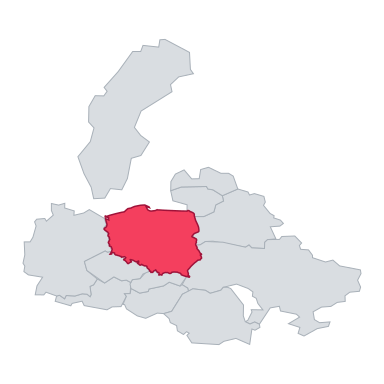 map of Poland with Sweden, Belarus, Ukraine and 8 others greyed out
{"feature_id": "POL", "entity_name": "Poland", "entity_type": "country or territory", "adm_level": 0, "iso_a3": "POL", "parent_name": "Europe", "parent_adm1": "", "projection": "robinson", "projection_center": [19.099, 51.929], "detail": "fine", "context": "with_neighbors", "style": "filled", "palette": "rose", "viewbox_px": 384, "rotation_deg": 0, "n_neighbors": 11, "source": "natural_earth", "source_scale": "50m", "svg_char_len": 8826}
<svg xmlns="http://www.w3.org/2000/svg" viewBox="0 0 384 384"><path d="M77.9,156.7L90.3,141.6L94.0,127.9L88.6,122.0L88.9,106.6L95.2,95.7L103.8,95.9L107.1,91.3L104.1,87.4L118.1,71.7L132.7,51.5L140.7,51.5L143.0,45.4L158.7,47.1L159.9,39.8L165.0,39.4L189.5,52.4L190.4,69.4L193.4,73.7L178.7,76.9L170.5,84.6L172.0,91.7L141.1,111.0L134.4,127.4L140.7,135.5L149.4,142.0L140.9,155.5L131.3,158.3L127.4,178.5L121.8,189.8L110.4,188.6L104.8,198.1L93.7,198.7L91.2,187.3L84.0,173.7L77.9,156.7Z" fill="#d9dde1" stroke="#a8b0b8" stroke-width="1"/><path d="M237.8,189.0L248.0,192.0L249.5,195.0L254.4,193.6L263.9,196.4L265.3,202.1L263.5,205.4L270.1,213.5L274.1,215.7L273.7,217.9L280.4,220.1L283.4,223.4L279.9,226.1L270.3,226.8L275.9,238.9L267.6,239.6L264.7,242.3L264.5,248.5L251.8,247.9L249.0,245.0L245.5,247.2L213.0,241.2L205.5,241.5L200.2,244.8L195.5,245.3L195.2,239.8L192.1,234.1L197.8,231.6L197.7,226.7L194.9,222.0L194.4,216.5L203.7,216.6L213.9,211.9L215.8,204.9L223.5,201.0L222.3,195.7L237.8,189.0Z" fill="#d9dde1" stroke="#a8b0b8" stroke-width="1"/><path d="M314.4,319.6L319.6,322.7L330.0,321.9L328.4,326.4L317.3,328.6L304.0,336.0L298.1,333.4L299.9,327.4L288.5,323.7L299.6,317.1L296.4,314.2L280.5,311.0L279.4,306.3L270.2,307.9L259.4,324.2L254.7,322.0L250.0,324.0L245.3,321.7L247.8,320.3L252.0,312.0L251.2,309.7L262.9,309.9L257.9,303.5L256.2,298.3L252.4,296.2L252.9,291.9L248.2,288.5L236.5,284.1L223.3,287.3L220.9,290.2L210.2,293.3L205.4,290.3L192.8,288.8L188.5,291.5L187.7,288.1L182.1,284.7L186.7,276.4L188.9,277.1L186.2,271.4L195.0,261.0L199.8,259.6L200.8,256.1L195.5,245.3L200.2,244.8L205.5,241.5L222.9,242.2L245.5,247.2L249.0,245.0L251.8,247.9L264.5,248.5L264.7,242.3L267.6,239.6L279.5,239.4L281.8,236.5L294.8,236.0L301.6,243.0L299.4,245.5L300.6,249.3L308.5,249.9L312.5,255.3L312.5,257.7L325.5,262.0L332.9,260.1L339.6,265.9L360.4,269.9L361.0,273.6L357.6,280.2L360.6,287.1L359.4,291.3L349.8,292.2L345.0,295.8L345.2,301.4L337.2,302.4L330.9,306.4L321.5,307.1L313.1,311.8L314.4,319.6Z" fill="#d9dde1" stroke="#a8b0b8" stroke-width="1"/><path d="M130.8,282.5L130.2,293.6L124.5,293.7L126.4,296.4L121.0,306.6L112.1,306.9L107.0,309.8L84.2,305.6L82.1,301.2L72.1,303.4L70.8,305.8L55.2,301.3L56.6,296.0L59.6,295.3L64.6,298.8L66.2,295.5L75.0,296.0L82.3,293.8L87.1,294.2L90.1,296.7L91.1,294.6L90.0,286.4L93.6,284.8L97.3,279.0L104.6,283.0L113.9,276.9L121.6,280.8L126.3,280.1L130.8,282.5Z" fill="#d9dde1" stroke="#a8b0b8" stroke-width="1"/><path d="M182.1,284.7L187.7,288.1L188.5,291.5L182.4,294.2L171.7,311.3L163.6,313.6L157.3,313.1L145.7,318.3L137.3,315.9L126.5,308.9L124.6,304.6L122.9,304.5L126.4,296.4L124.5,293.7L130.2,293.6L131.0,288.5L139.7,293.1L148.2,291.5L149.0,289.0L163.6,285.9L169.2,282.2L180.0,286.0L182.1,284.7Z" fill="#d9dde1" stroke="#a8b0b8" stroke-width="1"/><path d="M245.3,321.7L250.0,324.0L254.7,322.0L259.4,324.2L259.9,327.4L255.0,330.2L251.9,329.0L249.7,344.4L235.9,338.4L223.9,341.3L218.9,344.6L191.8,342.9L186.9,335.4L189.2,333.2L186.6,331.7L183.5,334.5L177.4,330.8L176.6,325.6L170.3,322.6L169.1,318.6L163.6,313.6L171.7,311.3L182.4,294.2L192.8,288.8L205.4,290.3L210.2,293.3L220.9,290.2L223.3,287.3L227.6,287.3L230.7,288.5L243.5,305.0L243.3,315.9L245.3,321.7Z" fill="#d9dde1" stroke="#a8b0b8" stroke-width="1"/><path d="M222.3,195.7L223.5,201.0L215.8,204.9L213.9,211.9L203.7,216.6L194.4,216.5L192.0,212.7L187.0,211.4L187.1,204.8L172.9,200.8L170.7,190.7L181.4,187.0L206.5,186.5L207.9,189.0L212.9,189.8L222.3,195.7Z" fill="#d9dde1" stroke="#a8b0b8" stroke-width="1"/><path d="M228.6,173.3L233.2,176.1L237.8,189.0L222.3,195.7L212.9,189.8L207.9,189.0L206.5,186.5L181.4,187.0L170.7,190.7L170.9,181.6L175.4,174.1L184.1,169.9L191.7,178.9L199.2,178.7L200.7,169.5L208.5,167.3L220.9,173.3L228.6,173.3Z" fill="#d9dde1" stroke="#a8b0b8" stroke-width="1"/><path d="M104.3,218.4L106.4,224.7L103.6,228.0L107.0,232.4L109.2,239.0L108.3,243.3L112.1,251.2L107.7,252.4L105.2,251.0L84.4,261.5L86.9,270.5L97.3,279.0L93.6,284.8L90.0,286.4L91.1,294.6L90.1,296.7L87.1,294.2L82.3,293.8L75.0,296.0L66.2,295.5L64.6,298.8L59.6,295.3L56.6,296.0L46.0,292.2L43.8,294.9L35.2,294.8L37.0,285.8L42.6,277.2L28.4,274.9L23.9,271.6L24.8,266.1L23.0,263.2L24.8,254.9L24.2,241.9L30.1,241.9L32.9,237.3L36.1,226.0L34.6,221.8L36.7,219.2L44.8,218.5L46.4,221.2L53.3,215.1L51.4,210.5L51.4,203.5L58.6,205.1L64.8,203.3L64.7,208.0L74.2,210.9L73.9,215.3L83.7,213.0L89.3,209.6L104.3,218.4Z" fill="#d9dde1" stroke="#a8b0b8" stroke-width="1"/><path d="M186.7,276.4L180.0,286.0L169.2,282.2L163.6,285.9L149.0,289.0L148.2,291.5L139.7,293.1L131.0,288.5L130.0,284.1L132.3,279.7L140.1,278.6L146.8,271.2L154.4,270.2L159.4,274.7L165.3,272.0L170.0,273.3L177.2,271.5L186.7,276.4Z" fill="#d9dde1" stroke="#a8b0b8" stroke-width="1"/><path d="M112.1,251.2L116.7,255.1L124.0,256.2L123.4,259.6L128.7,262.2L130.2,259.0L137.0,260.4L137.9,264.2L145.2,265.0L149.8,271.2L143.0,274.0L140.1,278.6L132.3,279.7L130.8,282.5L126.3,280.1L121.6,280.8L113.9,276.9L104.6,283.0L86.9,270.5L84.4,261.5L105.2,251.0L107.7,252.4L112.1,251.2Z" fill="#d9dde1" stroke="#a8b0b8" stroke-width="1"/><path d="M196.3,246.1L196.9,246.9L197.1,247.6L196.9,248.1L197.0,248.6L197.5,249.2L199.0,250.9L199.8,252.6L200.3,253.2L201.4,254.0L201.5,254.4L201.1,254.7L200.7,254.7L200.4,254.8L200.3,255.1L200.6,255.4L200.9,255.9L201.5,257.2L201.5,258.3L201.1,258.5L200.6,259.2L200.3,259.8L197.8,260.2L197.2,260.8L195.8,262.0L194.8,262.7L193.5,263.9L191.2,266.1L190.4,267.0L189.8,267.8L188.0,269.8L187.5,270.6L187.6,271.3L188.2,273.0L188.4,273.7L188.3,274.4L188.1,275.0L188.1,275.3L188.7,275.7L189.6,276.4L189.6,276.6L189.5,276.9L189.2,277.2L188.1,276.9L186.9,276.5L186.5,276.5L185.8,276.4L183.1,275.5L181.3,274.8L181.1,274.3L180.8,273.7L180.0,273.1L178.2,272.6L177.5,272.2L174.6,272.0L173.4,272.0L172.5,272.2L171.9,272.2L171.1,273.1L170.6,273.4L169.8,273.5L169.1,273.3L168.4,272.8L167.3,272.5L166.5,272.6L165.9,272.5L165.4,272.5L165.2,272.6L164.8,272.6L164.2,272.8L163.5,273.2L162.8,273.4L162.3,274.0L161.8,275.1L160.4,274.6L159.9,274.9L159.2,275.0L158.8,274.9L158.9,274.5L159.1,274.0L159.1,273.4L158.9,272.7L158.5,272.5L157.8,272.4L157.5,272.3L157.5,272.1L157.1,271.8L156.5,271.1L156.0,270.2L155.6,269.9L155.1,270.3L154.2,270.8L153.7,271.0L152.7,272.4L150.9,272.4L150.8,271.8L150.6,271.2L149.6,271.0L149.5,270.6L149.3,269.7L147.2,267.9L147.0,267.1L147.0,266.8L146.9,266.3L146.4,266.1L144.8,265.7L144.4,265.9L144.0,265.7L143.4,265.3L142.3,264.9L142.2,264.7L141.8,264.4L141.6,264.4L141.5,264.6L141.2,264.8L140.1,265.2L139.7,265.0L139.3,264.7L138.8,264.1L138.2,263.6L137.7,263.4L137.4,263.1L137.3,262.9L138.5,262.4L138.7,262.0L138.6,261.1L138.4,261.0L137.9,261.3L137.0,261.6L136.0,261.7L135.6,261.7L133.0,260.2L131.3,259.7L130.3,259.6L130.2,259.7L130.6,260.6L131.4,261.6L131.4,261.9L130.4,262.3L129.9,262.5L129.3,262.9L128.7,263.4L128.3,263.6L127.9,263.6L127.5,263.3L126.4,261.8L125.1,260.6L124.9,260.3L124.5,260.2L123.9,260.0L123.7,259.6L124.0,259.2L124.4,258.9L125.2,258.6L125.4,258.4L125.5,258.1L125.8,257.7L125.7,257.6L125.2,257.1L124.5,256.7L122.3,257.0L121.7,257.3L121.4,257.0L121.2,256.5L120.6,256.5L119.9,256.1L119.0,255.7L118.2,255.6L116.4,255.0L115.8,255.0L115.4,254.8L115.0,254.4L114.6,253.9L114.5,253.0L113.2,252.6L111.9,252.3L111.8,253.4L111.7,253.9L110.9,254.2L110.0,254.2L111.1,252.4L111.6,251.3L112.2,249.3L111.6,247.8L111.4,247.1L111.2,246.7L109.4,246.0L109.3,245.7L109.6,244.7L109.4,244.3L109.0,243.8L108.5,242.9L108.3,242.2L109.0,241.3L109.2,240.6L109.6,239.7L109.8,239.2L109.4,238.8L109.3,238.3L109.4,237.6L109.2,237.0L108.6,236.7L108.2,236.2L108.0,235.7L108.2,234.8L108.7,233.6L107.7,232.1L105.2,230.4L104.1,229.3L104.2,228.6L104.7,228.0L105.7,227.4L106.5,226.5L106.9,225.3L106.9,225.1L107.0,224.3L106.0,220.9L105.8,220.0L105.7,219.0L105.6,218.7L107.8,219.5L108.7,219.9L108.6,219.4L108.5,219.0L108.6,218.4L108.6,217.6L106.6,217.1L105.3,217.0L105.1,216.4L105.3,216.0L105.6,216.2L106.9,216.3L110.1,215.2L115.7,213.7L121.6,212.3L122.9,212.1L124.3,211.8L124.8,211.3L125.3,210.9L126.2,210.0L127.9,208.6L131.1,208.0L132.2,207.4L134.7,206.4L140.2,205.3L142.6,205.1L144.8,205.0L146.8,205.9L149.0,206.9L149.4,207.6L148.2,207.2L146.5,206.2L145.9,206.2L147.3,209.1L148.1,210.1L149.7,210.8L151.0,211.1L155.2,210.6L156.6,210.0L157.1,209.7L157.4,209.9L160.1,210.0L162.8,210.2L167.2,210.4L171.8,210.6L176.5,210.8L181.6,211.0L187.0,211.1L187.3,211.0L187.9,210.5L188.6,210.6L189.4,210.9L189.7,211.1L189.9,211.4L190.0,211.6L190.4,211.7L191.2,211.9L192.3,212.4L193.2,212.9L194.0,213.6L194.3,214.4L194.3,215.3L194.3,215.9L194.4,216.1L195.6,220.4L197.5,224.4L198.3,226.4L198.6,227.4L198.8,228.9L198.9,230.0L198.9,230.6L198.8,231.4L198.3,231.9L194.8,233.3L194.1,233.7L193.1,234.8L192.2,235.9L191.9,236.3L191.9,236.6L192.1,236.9L193.4,237.5L194.7,238.0L195.1,238.4L196.1,238.8L196.4,239.3L196.6,239.6L196.6,240.4L196.2,241.6L196.4,242.5L196.0,243.1L195.7,243.7L195.7,244.8L196.3,246.1Z" fill="#f43f5e" stroke="#9f1239" stroke-width="1.5"/></svg>